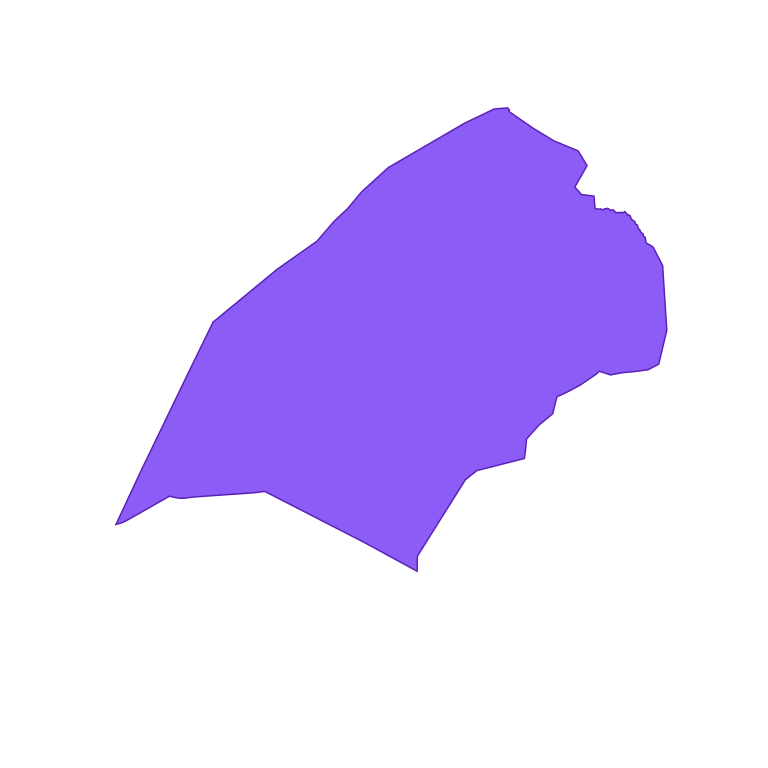 the district of San Vicente Nuñú, Oaxaca, Mexico, rotated 52°
{"feature_id": "50627088B79032057291398", "entity_name": "San Vicente Nuñú", "entity_type": "district", "adm_level": 2, "iso_a3": "MEX", "parent_name": "Mexico", "parent_adm1": "Oaxaca", "projection": "orthographic", "projection_center": [-97.43, 17.42], "detail": "fine", "context": "isolated", "style": "filled", "palette": "violet", "viewbox_px": 768, "rotation_deg": 52, "n_neighbors": 0, "source": "geoboundaries", "source_scale": "gbopen_adm2", "svg_char_len": 1557}
<svg xmlns="http://www.w3.org/2000/svg" viewBox="0 0 768 768"><g transform="rotate(52 384 384)"><path d="M230.2,348.9L227.8,397.8L230.0,480.6L255.8,533.5L303.3,629.9L329.7,681.7L331.4,677.3L332.2,675.1L333.0,671.6L333.6,667.6L340.1,623.6L340.4,622.0L343.7,619.5L345.9,617.5L348.2,615.5L351.1,611.6L355.7,603.8L390.2,552.6L395.2,544.1L496.1,497.4L551.9,473.2L540.2,463.7L509.5,378.7L509.4,364.1L529.1,319.2L522.2,312.2L515.1,305.5L511.7,286.6L511.3,269.3L500.5,255.7L502.8,246.2L505.6,230.4L506.9,211.1L506.5,206.5L516.3,199.9L521.4,190.0L528.7,178.5L535.3,167.3L537.5,155.3L515.8,128.1L462.2,91.5L442.6,87.8L441.3,87.8L441.0,88.0L437.7,89.0L436.8,89.6L435.3,90.3L433.2,90.3L431.7,89.1L430.7,89.0L430.5,88.6L429.5,88.0L427.7,88.3L426.9,88.4L425.4,87.4L424.1,87.8L422.4,88.0L421.6,88.1L420.2,87.5L418.9,87.9L418.0,87.5L416.9,87.6L414.9,86.6L414.3,86.6L412.7,87.3L411.1,86.6L410.2,86.3L409.6,86.8L408.3,86.9L406.7,87.6L402.9,86.5L401.7,86.8L400.6,88.2L399.0,87.8L398.0,88.0L396.4,88.0L396.1,88.5L396.5,89.5L395.7,90.9L395.3,91.3L394.6,91.4L394.1,93.0L393.0,93.8L392.3,94.9L392.1,95.8L389.0,96.0L387.8,96.2L387.4,97.1L386.4,98.5L384.1,99.2L383.1,99.8L382.6,101.0L381.7,102.4L381.8,103.0L381.4,104.2L381.2,104.7L380.8,105.0L379.6,105.3L379.0,105.9L378.8,106.5L377.7,107.9L375.6,109.5L375.4,109.5L365.2,102.9L356.3,111.7L346.3,112.4L336.9,89.5L319.8,87.5L297.1,100.4L274.3,109.0L246.4,117.7L245.5,116.6L242.6,116.5L235.1,127.8L228.1,159.8L216.1,247.2L218.8,283.4L223.4,304.9L225.1,323.3L230.2,348.9Z" fill="#8b5cf6" stroke="#5b21b6" stroke-width="1.5"/></g></svg>